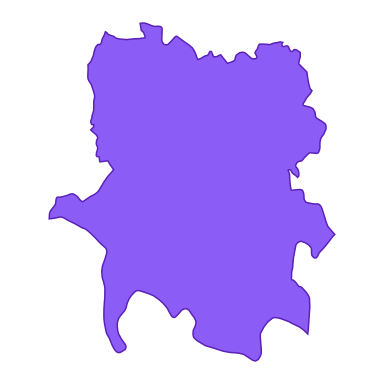 Viet Yen, Bắc Giang, Vietnam (Equal Earth projection)
{"feature_id": "81297802B30186135932553", "entity_name": "Viet Yen", "entity_type": "district", "adm_level": 2, "iso_a3": "VNM", "parent_name": "Vietnam", "parent_adm1": "Bắc Giang", "projection": "equal_earth", "projection_center": [106.091, 21.27], "detail": "fine", "context": "isolated", "style": "filled", "palette": "violet", "viewbox_px": 384, "rotation_deg": 0, "n_neighbors": 0, "source": "geoboundaries", "source_scale": "gbopen_adm2", "svg_char_len": 5869}
<svg xmlns="http://www.w3.org/2000/svg" viewBox="0 0 384 384"><path d="M312.0,90.7L310.1,88.7L308.8,84.1L307.6,77.3L306.9,72.0L298.6,63.7L299.5,59.6L300.3,56.5L300.2,52.4L297.8,50.7L296.2,49.8L294.7,49.5L293.9,49.8L293.3,50.4L292.6,51.4L291.2,51.4L290.5,51.1L289.7,49.7L289.1,48.3L288.3,46.5L287.0,45.8L283.6,46.6L282.7,46.3L282.2,45.8L282.0,45.0L282.0,43.9L282.3,42.9L282.7,42.4L280.3,41.9L277.6,42.5L273.4,43.2L269.9,44.6L266.6,44.3L262.5,44.1L260.4,44.1L259.6,44.2L258.9,44.8L258.2,46.3L257.5,48.5L257.1,49.4L255.9,50.9L255.0,52.7L255.2,53.5L256.7,56.0L257.0,56.6L256.8,57.6L256.6,57.9L255.7,58.6L253.1,59.0L252.2,58.7L250.7,57.8L245.8,53.4L244.6,52.7L242.8,52.2L241.1,52.4L239.5,52.8L236.3,55.1L235.4,57.2L235.0,59.4L234.3,60.5L232.8,61.5L227.5,63.3L223.1,57.9L220.7,54.8L219.9,55.0L216.7,56.6L215.4,56.8L214.4,56.8L213.7,56.5L213.4,56.2L212.5,54.3L212.2,53.4L211.7,52.1L211.3,51.5L210.9,51.4L209.9,51.4L209.1,52.8L208.8,53.8L208.0,55.0L206.8,55.5L204.7,56.1L202.9,57.1L201.3,58.2L197.8,59.6L196.7,57.0L195.5,53.4L194.2,50.8L192.5,48.0L189.4,45.3L180.9,39.3L177.3,36.6L176.7,36.3L175.5,36.5L174.4,37.6L171.2,41.2L168.5,43.9L167.8,44.5L166.8,44.8L165.5,44.8L164.3,44.5L163.5,43.9L162.5,42.3L162.0,41.1L161.8,39.2L161.8,37.6L162.1,31.7L162.1,28.8L161.9,27.8L161.3,27.1L160.8,26.7L159.7,26.4L158.0,26.2L155.3,26.5L152.3,25.9L146.9,23.7L144.9,23.1L142.8,23.0L140.1,23.3L141.3,30.6L142.3,31.2L143.7,32.8L144.9,36.0L145.1,36.9L145.1,37.5L145.0,37.8L139.3,38.6L134.2,38.8L126.6,39.6L119.5,39.0L115.6,38.0L113.8,36.4L109.7,35.1L108.1,34.3L106.7,32.5L105.4,31.8L104.4,34.7L103.6,36.3L102.2,39.1L101.5,42.1L101.3,42.8L100.6,43.9L100.1,44.5L98.1,44.4L97.4,45.0L96.3,46.2L95.4,47.7L94.8,49.5L94.2,51.6L93.4,55.4L91.0,61.2L89.3,63.4L88.0,64.6L88.1,69.1L87.8,76.1L87.9,77.5L88.1,79.0L88.9,80.8L91.3,84.6L93.5,91.1L94.5,94.8L94.6,96.6L94.6,97.7L93.8,100.9L93.8,101.8L93.7,102.8L93.8,105.4L93.6,110.8L91.9,116.4L92.0,117.1L91.9,118.1L91.4,119.1L90.8,120.9L90.8,121.7L90.9,122.7L91.4,123.9L91.7,124.5L93.8,124.7L93.8,125.4L93.2,127.5L90.7,129.8L93.2,132.3L96.1,134.6L97.2,136.4L97.6,137.3L97.7,137.8L97.6,138.5L97.4,139.0L96.9,139.7L96.6,140.5L96.3,143.0L96.3,143.7L96.4,144.5L97.3,146.5L97.7,147.7L97.4,149.8L96.7,151.9L96.2,155.1L96.4,155.6L97.0,156.6L98.5,156.6L99.0,156.8L99.2,157.0L99.6,161.1L100.1,161.9L105.5,161.1L106.8,161.0L107.9,161.0L108.3,161.5L109.4,163.6L113.6,169.7L111.3,172.5L107.7,176.5L104.4,181.3L98.6,190.8L96.9,192.7L93.7,194.9L90.5,196.4L82.8,201.7L81.3,201.0L80.0,199.9L77.3,196.4L73.9,194.2L73.0,193.9L71.9,193.9L70.2,194.1L67.8,195.2L64.1,196.3L60.3,197.2L57.8,197.1L57.1,197.3L56.4,198.2L56.1,199.3L55.8,201.7L55.8,202.8L55.4,203.9L54.8,205.5L53.8,206.6L50.4,211.0L49.5,213.6L49.2,218.9L54.5,218.2L60.7,216.9L63.5,217.7L68.1,220.4L74.3,223.4L81.6,227.5L85.8,229.2L90.5,233.1L96.4,239.0L99.5,242.5L105.2,247.6L106.1,248.8L106.5,249.6L106.7,250.6L106.7,252.2L106.5,253.9L105.1,258.6L102.5,265.9L101.8,270.5L101.9,273.6L102.2,277.4L103.5,281.6L104.6,286.1L104.9,288.9L104.8,297.1L104.0,308.0L103.9,312.8L103.9,316.7L104.0,319.2L104.5,323.7L106.2,332.0L106.9,334.1L109.4,338.4L111.9,344.6L113.7,348.2L115.4,350.6L116.8,352.0L118.3,352.6L120.1,352.5L123.1,350.8L125.1,349.5L125.9,348.0L126.0,346.2L125.2,344.3L121.2,338.8L118.4,333.4L117.7,330.5L117.3,327.1L117.3,323.6L117.7,321.2L118.8,318.2L120.6,315.5L122.8,312.9L124.8,310.5L126.1,307.8L127.1,303.5L129.3,298.4L131.9,294.9L134.3,292.3L136.5,290.7L139.1,290.6L142.5,291.6L149.0,293.8L153.5,295.7L158.7,299.3L163.0,303.2L166.9,307.7L169.8,313.1L171.8,316.4L173.2,317.3L174.3,317.5L175.9,316.6L177.9,314.5L181.7,310.2L184.1,308.9L186.4,308.7L188.9,310.1L191.8,314.4L194.5,318.0L195.8,321.1L196.0,323.1L195.4,325.6L194.0,328.8L193.2,330.6L193.0,334.1L193.4,336.6L194.3,338.1L197.1,340.7L201.6,343.4L205.5,345.7L212.4,347.7L220.7,350.4L223.7,351.3L230.4,352.5L235.4,352.8L240.6,353.5L244.1,354.6L252.7,360.2L255.3,361.0L257.1,360.2L258.4,359.3L259.6,357.4L260.9,354.6L261.2,353.5L261.3,351.9L261.3,349.6L260.7,342.6L260.4,338.3L260.3,335.9L260.5,333.4L261.5,331.4L264.1,326.7L267.5,322.2L272.5,318.1L274.3,317.6L275.4,317.6L278.5,318.0L281.6,318.9L289.0,321.7L291.6,323.2L299.5,327.0L303.5,329.9L307.8,334.0L308.4,327.8L309.8,307.0L309.5,298.8L309.2,297.3L308.2,295.1L305.8,291.8L302.0,287.7L301.1,287.0L299.6,286.7L298.8,286.3L298.2,285.7L295.8,282.5L294.7,281.3L293.5,280.3L292.8,280.0L291.9,279.9L291.7,279.7L291.4,278.8L291.5,276.9L291.6,273.2L291.9,271.0L292.6,267.9L293.5,257.5L296.0,244.6L297.1,243.3L298.3,242.2L299.8,241.6L300.6,241.4L301.5,241.4L305.2,242.7L308.5,244.8L310.6,247.1L311.3,248.2L311.5,249.1L311.5,253.0L311.9,255.4L313.0,256.8L313.8,257.6L314.7,258.0L315.3,258.0L316.1,257.9L317.4,256.4L319.3,252.7L322.6,249.2L325.5,245.9L333.2,236.0L334.8,234.4L331.4,230.6L327.8,226.3L326.0,221.7L324.4,216.2L322.0,208.7L321.4,207.3L320.8,206.2L319.5,204.7L318.3,204.0L313.4,203.9L308.3,202.9L305.9,202.3L304.3,199.8L304.1,198.9L303.8,194.2L303.3,192.3L302.5,190.4L301.3,189.7L299.4,189.5L295.0,189.9L292.0,190.3L291.3,190.1L290.7,188.0L290.0,182.6L289.7,177.9L289.7,176.6L289.6,174.9L289.2,173.2L288.1,170.2L288.8,169.7L289.7,169.7L290.7,170.1L292.6,173.3L295.7,175.5L297.6,177.4L298.4,176.4L298.8,175.8L298.9,174.7L298.9,173.7L298.8,172.6L298.4,170.8L297.4,168.5L296.7,167.6L296.0,166.9L295.6,166.2L295.6,165.8L296.2,163.8L296.8,162.9L297.3,162.4L298.2,161.8L299.0,161.4L301.8,160.8L305.1,156.9L309.3,152.9L310.2,152.8L316.7,153.4L318.0,153.0L318.7,152.1L319.4,150.2L319.8,148.8L319.9,147.6L319.9,144.0L320.0,142.3L320.7,138.8L321.5,137.2L323.6,134.4L326.0,129.2L326.0,126.5L325.8,125.1L325.4,124.2L324.8,123.5L323.1,122.3L322.3,121.6L316.7,118.2L316.2,117.7L315.5,116.3L315.3,115.3L315.3,113.6L314.8,111.7L312.9,108.6L310.2,107.2L304.2,105.7L303.4,105.2L303.0,104.8L303.0,104.0L303.6,102.9L304.4,101.8L306.7,97.8L310.2,93.8L312.0,90.7Z" fill="#8b5cf6" stroke="#5b21b6" stroke-width="1.5"/></svg>